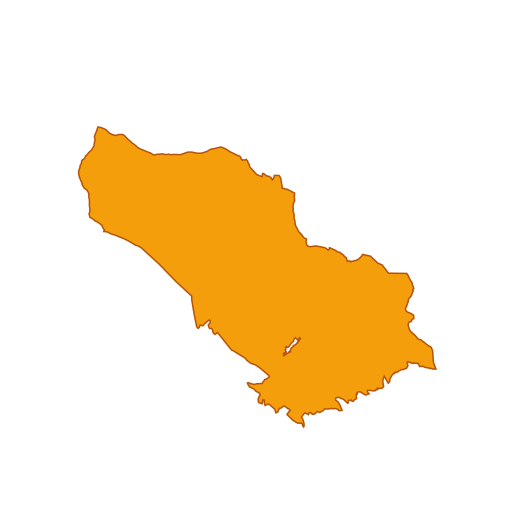 outline of Lueta, Harghita, Romania, rotated 234°
{"feature_id": "2599482B79550894620370", "entity_name": "Lueta", "entity_type": "district", "adm_level": 2, "iso_a3": "ROU", "parent_name": "Romania", "parent_adm1": "Harghita", "projection": "equal_earth", "projection_center": [25.533, 46.294], "detail": "fine", "context": "isolated", "style": "filled", "palette": "amber", "viewbox_px": 512, "rotation_deg": 234, "n_neighbors": 0, "source": "geoboundaries", "source_scale": "gbopen_adm2", "svg_char_len": 6035}
<svg xmlns="http://www.w3.org/2000/svg" viewBox="0 0 512 512"><g transform="rotate(234 256 256)"><path d="M453.3,203.9L451.3,201.2L447.7,195.5L444.9,194.2L443.8,193.3L442.8,192.0L440.3,189.6L438.5,185.5L438.0,181.5L437.1,178.3L437.2,177.2L436.9,177.2L435.7,174.1L435.7,171.3L433.2,168.6L432.3,166.5L430.9,165.5L430.2,164.1L428.4,161.9L426.1,160.5L424.1,159.9L423.7,159.4L422.5,159.3L420.0,158.5L418.3,158.5L417.8,158.0L416.7,157.9L416.1,157.3L411.9,156.9L408.4,158.0L404.8,157.5L401.9,155.4L399.2,154.1L394.5,150.7L391.8,149.3L390.0,148.0L388.2,145.7L384.6,144.3L383.5,145.2L381.3,146.0L379.2,146.3L376.6,147.8L371.8,149.3L370.9,149.3L369.5,148.8L366.1,148.6L365.4,147.3L365.3,146.6L365.0,147.8L361.9,150.5L359.7,151.3L356.1,154.0L347.5,159.4L343.5,161.5L335.2,165.1L333.6,166.5L330.1,168.0L306.2,172.9L281.7,176.4L261.4,180.4L257.8,178.0L244.8,171.5L233.7,166.5L231.8,166.5L231.5,166.9L231.6,168.3L233.1,170.1L230.7,171.9L231.4,174.5L231.4,176.4L231.8,178.3L231.6,180.9L229.8,180.4L228.9,179.2L228.2,176.8L227.5,176.5L225.4,175.9L224.5,175.9L223.7,177.3L222.3,177.6L220.4,176.7L218.6,176.2L216.7,176.7L216.5,177.8L216.9,178.6L216.7,179.3L216.7,179.9L194.4,180.9L192.5,182.0L179.5,187.3L177.0,187.3L172.2,188.7L168.2,191.6L162.2,193.6L152.7,195.9L150.8,196.1L150.3,195.2L150.4,191.7L150.9,190.4L150.3,189.1L150.3,188.1L149.2,186.1L152.2,181.6L152.9,179.6L153.9,178.3L158.0,175.3L158.7,174.0L158.3,174.4L156.3,173.9L155.4,174.2L154.8,174.2L154.2,173.6L149.4,176.2L146.7,176.4L143.4,178.0L141.8,178.1L141.4,178.0L141.0,177.5L140.6,176.5L140.7,176.0L139.5,174.8L139.5,174.3L138.2,173.0L135.9,172.0L132.9,174.0L135.7,177.2L134.5,178.1L132.5,176.5L129.7,175.5L129.2,178.4L128.5,179.2L127.2,179.7L121.1,181.1L117.4,179.9L117.0,181.9L119.0,185.4L118.2,187.2L118.3,190.2L117.8,190.8L115.2,191.8L114.2,191.8L113.0,192.8L110.9,192.8L110.6,190.6L109.5,187.9L101.4,189.3L99.3,190.1L96.4,191.4L93.9,194.6L92.5,194.6L90.9,194.0L89.7,194.0L90.2,195.0L93.1,196.8L96.7,198.0L98.9,198.1L100.4,203.0L99.7,203.8L98.8,204.1L97.7,205.0L96.9,205.1L98.0,206.9L97.7,207.7L97.2,207.8L97.1,208.2L96.0,208.2L96.0,208.5L95.7,208.7L94.7,208.7L94.2,209.0L93.6,211.3L94.3,214.1L92.0,215.5L91.4,219.0L91.9,221.5L89.6,224.8L88.5,227.1L88.0,227.9L87.2,228.3L86.2,230.2L85.3,231.1L84.2,231.9L82.3,232.2L81.7,232.6L80.6,234.9L85.7,236.2L89.8,236.6L92.7,235.7L94.3,237.4L93.6,239.0L92.7,240.1L90.3,241.3L89.4,242.1L88.2,242.6L82.9,243.6L83.0,244.2L84.8,246.2L83.4,248.4L82.2,248.3L81.3,249.3L81.4,250.0L81.9,250.9L81.5,253.3L82.0,253.9L83.3,254.4L84.8,255.5L85.1,255.8L85.1,256.3L84.7,256.6L85.1,257.0L86.3,257.6L85.1,260.4L79.9,262.5L78.9,263.2L78.1,266.5L80.5,266.2L81.7,267.2L80.6,268.9L77.8,271.7L77.0,273.1L77.4,273.8L77.2,274.0L77.4,274.2L76.5,275.7L77.8,276.6L76.2,277.6L76.3,278.2L74.9,280.1L75.3,282.5L80.0,284.8L81.6,286.4L83.3,289.0L75.4,288.2L75.4,289.1L75.9,290.3L76.4,291.0L77.7,291.8L79.6,296.0L80.0,297.3L79.9,298.4L79.5,298.9L80.1,299.6L80.2,300.2L79.7,300.5L79.0,302.2L78.8,302.9L79.1,303.2L79.1,303.7L78.8,304.9L78.9,306.3L77.8,307.9L77.0,310.9L76.7,311.2L76.8,312.2L77.6,313.3L77.5,313.8L78.2,314.6L80.4,315.4L81.2,316.1L80.8,316.2L80.8,316.7L80.0,317.7L77.3,319.2L76.8,319.9L76.9,320.9L75.6,321.7L74.0,323.8L72.4,324.0L71.1,323.4L70.3,323.5L68.9,325.9L66.3,327.5L63.5,330.3L62.8,330.5L62.4,331.5L60.9,332.3L58.7,335.1L65.6,337.0L75.4,343.1L79.2,344.1L83.1,342.4L90.9,340.3L93.6,338.3L97.6,338.1L104.5,336.7L106.9,337.1L110.2,338.3L111.7,339.3L112.5,341.0L111.9,342.8L111.9,343.3L112.3,343.7L112.2,344.0L112.8,344.6L112.7,346.7L112.9,347.2L115.3,348.7L118.0,347.8L122.3,345.3L123.4,345.2L125.7,346.0L126.0,346.6L126.6,347.1L126.4,347.9L127.0,348.7L127.8,349.1L128.2,350.3L129.4,351.4L129.3,352.1L131.1,353.6L131.6,354.6L132.6,358.6L133.3,359.2L134.5,361.1L134.9,362.2L136.1,362.5L136.1,363.0L136.7,363.2L136.8,364.4L138.7,365.2L141.1,365.7L142.0,366.4L147.5,366.9L150.8,367.6L153.3,367.7L164.2,353.1L174.7,352.8L178.5,350.4L188.6,348.5L189.4,347.8L192.2,345.4L192.3,344.6L193.8,344.1L194.6,343.2L193.8,341.3L193.2,337.3L193.5,334.8L194.4,332.7L194.3,332.2L195.4,330.5L195.5,329.3L196.6,329.2L197.7,327.7L198.1,326.8L201.7,328.1L203.1,327.3L205.3,327.3L206.9,326.9L207.7,326.3L209.2,326.4L211.2,324.5L213.8,323.7L219.3,320.5L219.5,320.3L218.5,319.3L218.4,318.0L222.3,316.6L229.0,310.4L231.5,305.5L233.7,303.6L235.0,303.6L237.7,304.5L240.0,306.8L242.8,305.4L246.0,305.5L246.6,305.2L248.4,305.4L248.8,305.0L251.3,304.9L258.2,306.1L262.3,308.5L264.7,309.1L265.9,310.6L266.4,310.6L268.5,311.8L270.4,312.1L272.1,313.8L274.0,314.8L276.8,317.6L278.0,319.8L281.3,321.7L284.1,324.2L291.4,320.6L295.4,317.0L296.4,317.9L297.6,318.3L304.6,321.8L307.0,322.0L307.9,321.7L310.4,318.2L309.4,317.2L308.2,315.2L308.0,313.9L309.9,314.3L312.6,313.5L314.7,311.6L318.3,310.6L318.9,309.7L317.0,308.2L316.6,307.5L321.7,304.4L329.8,303.6L331.0,303.3L332.1,303.4L334.0,304.3L336.2,304.4L337.7,305.0L339.9,304.9L340.2,303.3L341.7,301.6L341.6,301.3L343.2,301.1L345.2,301.7L346.6,301.4L347.0,300.9L353.3,297.5L355.5,296.3L360.3,294.5L364.2,292.2L365.4,290.6L366.9,286.5L369.1,281.9L369.4,277.8L370.9,273.2L371.9,271.3L373.8,268.8L377.8,265.1L379.9,262.3L380.4,261.1L382.4,254.4L386.3,249.5L388.1,246.5L389.6,245.4L391.1,242.6L393.5,240.5L396.9,234.9L397.5,233.0L397.9,232.6L400.9,231.4L410.3,225.5L413.4,224.0L416.5,223.5L420.6,222.1L423.2,221.7L425.1,221.1L430.8,220.3L432.3,219.7L433.7,218.3L434.7,216.7L435.4,215.5L435.7,213.7L437.6,212.0L438.1,211.8L438.3,211.2L441.8,209.6L446.6,208.8L451.1,206.1L453.3,203.9ZM160.4,223.8L160.9,224.2L161.4,223.9L162.7,224.4L162.9,225.4L164.8,226.1L165.0,226.6L164.9,227.2L163.4,227.7L163.4,229.8L164.7,233.0L164.9,234.2L164.8,236.2L165.9,237.1L166.8,239.8L163.4,240.4L164.2,243.3L163.2,243.5L161.7,239.8L162.1,239.5L161.8,238.7L161.4,238.6L161.4,237.1L161.0,236.7L161.2,234.2L161.7,233.7L161.0,233.2L160.8,230.3L159.5,228.2L158.8,228.1L158.1,227.5L159.1,226.9L159.0,226.0L158.7,225.9L159.0,219.8L159.6,219.9L159.9,220.7L160.7,220.8L161.0,221.2L161.2,221.7L160.4,222.3L160.4,223.8Z" fill="#f59e0b" stroke="#b45309" stroke-width="1.5"/></g></svg>